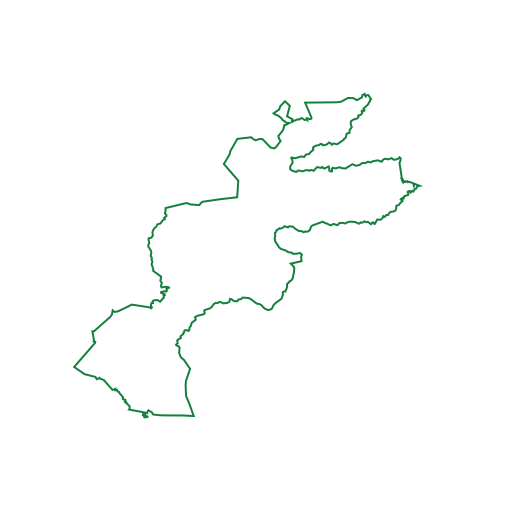 Pilcaya, Guerrero, Mexico, rotated 114°
{"feature_id": "50627088B59284126208067", "entity_name": "Pilcaya", "entity_type": "district", "adm_level": 2, "iso_a3": "MEX", "parent_name": "Mexico", "parent_adm1": "Guerrero", "projection": "robinson", "projection_center": [-99.629, 18.716], "detail": "fine", "context": "isolated", "style": "outline", "palette": "green", "viewbox_px": 512, "rotation_deg": 114, "n_neighbors": 0, "source": "geoboundaries", "source_scale": "gbopen_adm2", "svg_char_len": 6133}
<svg xmlns="http://www.w3.org/2000/svg" viewBox="0 0 512 512"><g transform="rotate(114 256 256)"><path d="M107.5,165.0L108.6,165.2L110.8,167.2L112.0,169.0L111.5,172.0L114.0,174.6L114.5,177.4L116.1,179.0L118.7,179.5L119.1,183.7L122.2,188.2L123.9,189.1L124.3,192.1L126.5,193.7L128.0,196.9L130.9,198.5L132.9,201.5L133.0,205.3L139.6,209.8L140.8,213.1L141.0,216.0L143.6,218.8L144.2,221.7L145.2,222.1L147.7,221.0L148.1,221.4L148.5,222.9L148.2,223.8L146.2,224.7L144.7,226.1L148.1,228.9L148.4,229.9L147.7,231.6L149.1,232.5L149.8,236.0L150.5,236.6L154.7,237.9L155.0,240.6L156.5,242.0L156.4,243.4L157.6,245.8L159.6,247.6L160.7,252.3L162.9,253.4L163.3,257.5L162.9,259.9L162.0,260.5L160.1,261.2L156.7,260.5L155.3,260.8L153.2,262.0L152.2,263.7L151.6,263.6L150.7,259.9L146.6,255.1L145.9,252.2L143.3,251.8L141.0,248.8L139.7,248.7L135.5,246.8L134.3,247.9L133.4,247.9L131.3,246.6L128.8,243.4L127.3,242.6L127.0,241.1L127.7,240.1L126.6,238.2L125.1,236.5L122.7,235.6L122.6,233.7L123.5,232.0L121.5,230.7L121.1,227.9L120.5,227.0L114.1,223.1L113.3,223.2L111.4,222.2L107.3,222.9L105.4,220.6L103.1,221.7L99.4,220.9L96.4,223.5L94.1,224.0L91.2,222.1L90.6,220.8L88.6,219.1L87.4,218.9L86.1,219.7L84.3,217.6L82.0,217.1L80.7,218.4L80.1,218.3L79.4,216.2L78.2,216.5L77.6,217.7L71.7,215.2L69.7,215.3L68.2,214.7L67.1,215.3L65.9,214.7L63.3,219.0L64.6,220.8L65.6,220.7L65.2,221.7L63.8,222.6L65.4,224.2L68.2,223.8L72.6,227.2L72.2,231.2L74.2,236.2L80.6,241.2L82.9,245.1L95.9,273.5L106.9,261.7L108.0,261.3L109.0,262.3L109.4,265.5L111.0,264.5L110.7,265.4L111.9,266.7L111.4,270.6L113.9,272.2L114.2,273.6L116.5,275.5L116.9,276.6L118.6,277.3L118.0,278.2L116.2,278.5L115.8,284.4L105.0,286.2L102.9,292.5L109.3,294.7L112.9,294.5L118.5,298.0L118.9,295.9L118.8,292.7L119.9,288.6L121.0,287.0L121.4,283.9L121.8,283.2L121.8,281.7L121.0,279.7L124.5,282.4L124.9,283.4L128.8,282.5L132.4,283.0L137.3,284.4L139.3,282.8L141.0,280.3L147.8,281.8L150.3,283.1L151.0,286.7L146.6,297.6L147.8,300.6L150.5,303.4L150.2,306.5L149.5,308.7L156.6,320.7L170.8,322.1L174.0,321.4L185.0,322.8L194.4,302.8L210.0,297.1L218.7,311.8L228.4,327.2L232.6,328.6L235.7,337.3L235.6,339.9L236.7,342.2L249.0,358.1L252.5,356.7L253.7,356.8L254.3,356.4L254.8,354.7L255.8,354.1L258.6,355.4L259.3,354.3L261.2,355.7L265.3,356.6L267.1,358.9L269.9,359.1L271.9,360.1L274.6,360.5L276.5,360.2L279.2,358.6L280.6,358.7L282.2,359.4L283.5,361.3L285.3,360.5L287.4,358.8L289.8,358.9L291.0,358.4L294.1,353.9L295.8,352.9L298.8,352.2L300.2,350.3L302.0,349.9L302.6,348.9L303.9,348.2L305.9,348.1L309.9,344.4L311.4,343.9L313.5,334.2L317.5,333.3L319.0,331.0L322.3,330.6L323.1,329.5L320.6,325.4L320.1,323.4L320.4,322.6L322.5,324.4L324.1,323.3L325.1,323.6L325.4,325.4L327.6,328.0L328.4,327.4L328.0,324.2L328.7,323.4L329.9,324.3L331.2,323.3L336.8,325.0L336.3,328.0L337.7,330.7L338.8,331.9L339.5,332.0L340.9,331.0L341.5,332.3L342.5,332.2L344.4,331.6L345.3,330.2L346.5,330.6L346.1,331.9L350.9,349.6L362.7,359.5L364.7,362.7L364.0,364.8L368.3,363.8L371.2,364.5L390.5,373.3L391.3,374.8L399.3,369.5L400.1,369.5L399.8,368.0L401.0,367.7L431.3,377.0L433.7,364.6L431.8,353.5L433.3,351.4L430.9,349.3L431.5,348.5L431.2,344.6L436.7,332.6L434.8,330.6L435.6,330.6L436.0,330.1L435.9,329.5L434.9,328.5L436.1,326.9L436.0,325.7L436.9,324.8L439.1,320.0L440.5,319.8L440.9,319.2L440.6,316.8L441.7,315.9L442.5,316.5L443.2,314.8L442.9,313.9L443.9,312.7L444.5,310.5L447.1,309.3L447.9,309.5L444.6,295.6L445.5,294.9L447.5,294.6L447.6,293.6L447.0,292.6L447.3,292.1L448.7,292.3L448.7,291.9L447.1,289.6L446.8,289.8L446.8,291.7L445.2,293.8L444.3,294.0L443.8,291.5L443.2,291.9L440.7,291.5L441.2,287.5L442.6,285.6L442.2,284.0L440.0,277.5L431.3,257.6L427.5,247.8L417.8,257.1L412.4,262.9L402.6,267.8L398.3,269.2L385.9,270.3L380.2,279.7L379.1,283.5L375.8,286.8L370.9,288.5L370.1,289.4L370.0,292.4L369.4,293.0L367.7,292.1L364.9,293.7L361.5,291.3L360.9,292.1L360.0,292.3L356.8,290.7L356.1,291.1L355.4,290.7L352.9,291.0L351.8,288.7L352.0,287.4L351.1,286.8L348.3,287.6L346.9,287.1L343.0,287.5L338.7,285.1L336.7,286.8L334.8,285.6L330.3,279.9L329.3,279.6L327.0,281.1L326.3,280.9L322.5,276.7L320.4,275.7L317.0,275.0L316.1,274.4L315.2,273.6L314.4,271.7L313.4,271.2L312.7,270.2L312.4,268.0L312.6,266.6L310.4,263.0L308.5,261.7L305.7,262.3L305.4,260.7L306.1,258.4L305.4,255.3L304.8,254.6L303.0,254.5L301.4,252.0L299.5,251.4L297.4,245.7L297.6,242.8L298.9,237.3L299.1,235.5L298.5,233.4L298.7,231.1L300.4,227.1L300.6,225.9L300.4,222.7L298.3,220.4L297.3,220.0L293.7,220.0L291.0,219.0L285.2,215.6L283.9,215.4L280.1,215.7L279.1,216.5L277.9,216.7L277.0,215.9L276.5,214.7L271.5,215.0L269.5,216.1L268.5,216.2L267.3,215.3L265.6,215.1L263.8,213.7L261.6,213.4L254.9,214.8L251.3,216.2L250.3,217.3L248.8,221.1L242.2,212.3L238.7,214.3L236.1,214.7L235.3,216.8L237.4,219.8L239.0,223.2L238.4,224.5L239.4,228.2L238.9,230.9L239.4,236.2L238.7,238.5L234.8,244.4L232.2,246.1L229.2,246.8L227.6,248.1L225.3,247.4L224.1,247.8L222.1,246.2L221.1,245.9L221.1,245.0L219.9,243.4L217.2,242.0L216.9,238.4L215.8,238.2L215.2,237.3L214.2,234.5L215.3,230.5L215.7,227.1L214.6,224.0L215.1,222.6L214.6,221.7L213.8,221.3L213.0,219.0L210.7,217.4L206.7,217.6L205.3,217.0L197.5,209.0L197.9,205.7L197.5,204.7L197.7,200.7L197.1,199.7L195.2,198.3L194.7,194.1L191.8,193.1L190.5,190.3L190.0,187.7L187.9,186.1L186.5,184.3L184.6,179.3L184.7,175.5L184.2,174.6L182.8,174.1L182.3,172.4L180.3,171.2L180.3,169.1L179.3,167.6L180.2,163.8L178.1,163.3L177.6,162.6L178.6,160.8L178.2,160.5L173.4,160.1L172.3,157.1L170.3,155.9L167.8,155.9L168.0,154.8L167.6,154.0L165.7,153.8L164.7,151.9L162.9,151.9L161.0,151.0L159.3,148.3L157.9,147.2L155.8,147.1L153.1,148.2L151.0,146.1L148.9,145.8L146.3,144.5L145.4,146.8L144.9,146.6L145.1,145.2L144.6,145.1L143.7,146.0L142.9,145.3L142.9,144.6L140.9,144.8L138.5,141.9L136.7,142.2L136.0,143.5L135.1,143.3L134.0,141.9L135.1,140.6L132.8,139.6L132.5,139.2L133.0,138.6L129.8,137.8L129.4,137.1L126.9,137.1L125.3,135.0L125.6,140.6L127.6,140.3L125.9,141.7L125.6,141.5L125.9,146.3L126.8,147.1L126.1,148.0L127.2,150.1L127.6,149.7L128.4,151.3L129.0,151.4L128.1,152.7L127.3,151.7L126.3,153.4L126.7,153.9L125.9,154.8L125.6,154.4L112.6,162.8L109.6,162.9L108.0,163.5L107.5,165.0Z" fill="none" stroke="#15803d" stroke-width="2"/></g></svg>